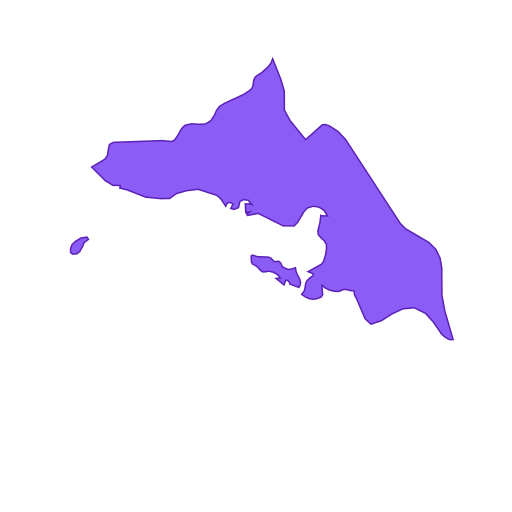 Samar, orthographic projection, rotated 331°
{"feature_id": "PHL-2584", "entity_name": "Samar", "entity_type": "Province", "adm_level": 1, "iso_a3": "PHL", "parent_name": "Philippines", "parent_adm1": "", "projection": "orthographic", "projection_center": [124.838, 11.713], "detail": "fine", "context": "isolated", "style": "filled", "palette": "violet", "viewbox_px": 512, "rotation_deg": 331, "n_neighbors": 0, "source": "natural_earth", "source_scale": "10m", "svg_char_len": 2654}
<svg xmlns="http://www.w3.org/2000/svg" viewBox="0 0 512 512"><g transform="rotate(331 256 256)"><path d="M387.9,424.6L385.6,423.6L383.6,421.5L381.8,418.1L380.5,414.5L379.1,399.9L376.4,388.3L369.3,378.0L358.8,373.4L346.5,372.6L334.4,373.4L323.5,371.4L321.0,363.7L323.3,341.6L323.2,339.4L323.4,337.6L324.0,335.9L325.1,334.2L323.0,333.0L317.8,328.4L315.8,327.6L312.1,327.3L310.3,326.7L306.6,324.2L303.6,321.2L301.1,317.6L299.5,313.5L295.5,322.2L293.1,323.5L288.4,322.8L284.8,321.4L281.8,319.0L279.4,315.8L277.3,311.7L281.5,309.8L283.8,307.2L285.7,304.6L288.4,302.4L292.8,301.2L296.5,300.8L297.5,299.3L293.9,294.9L309.5,294.9L312.9,293.1L317.3,288.8L321.2,283.8L323.2,280.0L323.1,275.8L321.7,271.6L320.8,267.6L322.3,264.0L328.1,257.8L332.4,251.9L333.7,253.2L338.0,255.6L337.6,249.1L334.8,243.8L330.2,240.2L324.1,238.9L319.6,240.4L308.6,246.8L304.0,248.2L294.4,242.8L278.7,219.9L268.2,216.4L268.2,214.5L270.1,214.6L271.9,214.5L269.3,213.2L268.2,212.8L271.9,205.2L273.2,206.0L274.5,206.6L275.9,207.5L277.3,209.0L276.2,203.4L272.4,200.7L268.4,200.5L264.1,205.2L259.4,204.6L257.0,202.2L261.1,199.5L259.7,197.1L258.0,195.9L256.0,196.1L253.6,197.8L253.1,190.4L252.2,186.4L250.9,183.7L237.7,169.6L227.2,165.3L216.6,162.8L208.3,163.8L200.6,159.7L188.0,151.0L175.5,135.9L169.8,130.5L170.5,129.9L170.7,129.7L171.4,128.5L165.1,124.8L160.7,117.1L155.4,98.5L170.7,98.1L175.1,95.8L178.5,91.2L181.9,87.4L186.4,87.5L229.7,109.5L237.6,114.9L241.0,115.1L245.9,112.7L251.5,109.2L254.6,107.8L257.7,107.3L263.8,109.2L269.6,112.9L275.6,116.0L282.0,115.8L288.0,112.6L292.1,109.5L296.5,107.5L303.0,107.2L323.6,108.7L331.1,108.1L333.9,107.2L335.8,105.7L339.2,101.2L341.7,99.3L344.2,98.7L349.8,98.4L358.6,96.3L362.7,94.5L366.2,91.6L363.3,113.9L360.7,125.4L351.5,142.3L351.5,154.3L355.8,178.3L377.4,173.4L380.1,174.4L383.2,177.7L388.0,186.6L390.8,197.3L398.0,297.6L400.1,304.8L413.7,327.8L416.5,337.2L416.0,347.0L412.7,356.5L399.7,380.2L394.5,395.6L387.9,424.6ZM273.8,278.0L275.6,280.9L277.4,283.1L280.2,284.6L284.8,285.4L283.7,288.3L283.2,291.2L283.0,297.6L282.1,300.8L280.2,303.1L278.2,304.2L271.9,296.8L272.4,295.8L272.1,293.0L270.3,291.6L266.5,294.9L262.7,285.4L264.6,286.2L266.5,287.3L265.9,282.9L263.4,278.7L259.9,275.5L256.4,274.3L253.9,273.0L252.7,270.0L252.0,266.5L250.9,264.0L249.1,261.4L249.1,259.1L251.8,253.6L253.6,253.6L254.0,254.1L256.7,257.1L265.7,262.6L266.9,263.6L267.9,264.9L268.4,266.4L268.8,268.3L269.5,269.9L273.4,271.7L274.2,274.2L273.8,278.0ZM111.5,155.4L117.3,157.5L117.6,160.2L112.3,160.9L109.4,163.2L104.0,166.7L100.3,167.2L96.5,165.5L95.5,163.0L97.3,159.7L100.6,156.9L105.0,155.7L111.5,155.4Z" fill="#8b5cf6" stroke="#5b21b6" stroke-width="1.5"/></g></svg>